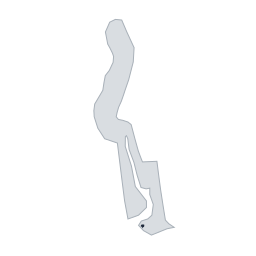 location of Serrekunda Central, Banjul, Gambia, rotated 262°
{"feature_id": "56634734B31410801409584", "entity_name": "Serrekunda Central", "entity_type": "district", "adm_level": 2, "iso_a3": "GMB", "parent_name": "Gambia", "parent_adm1": "Banjul", "projection": "natural_earth1", "projection_center": [-16.684, 13.431], "detail": "fine", "context": "in_parent", "style": "filled", "palette": "slate", "viewbox_px": 256, "rotation_deg": 262, "n_neighbors": 0, "source": "geoboundaries", "source_scale": "gbopen_adm2", "svg_char_len": 1425}
<svg xmlns="http://www.w3.org/2000/svg" viewBox="0 0 256 256"><g transform="rotate(262 128 128)"><path d="M37.9,115.3L56.3,114.5L78.7,114.8L103.1,115.2L114.6,115.4L120.6,103.4L132.0,98.1L143.8,96.1L149.9,96.6L156.4,98.4L168.8,108.3L176.5,110.6L183.0,112.8L187.7,117.6L195.1,122.4L200.9,123.7L204.4,123.0L210.1,121.1L213.9,119.6L226.2,119.0L235.3,124.6L237.3,130.6L235.8,136.8L223.6,140.1L206.7,145.2L192.7,142.4L175.7,135.4L165.7,130.3L161.6,128.3L155.4,125.1L149.9,121.6L144.7,119.3L140.7,117.9L137.8,119.7L136.3,124.0L133.9,128.8L130.9,131.6L116.6,133.3L103.8,135.0L97.0,136.5L92.4,137.6L91.0,152.0L76.5,151.8L62.2,151.7L47.5,151.9L31.6,152.2L27.5,155.1L23.2,159.9L22.8,152.7L18.7,136.3L24.2,129.1L30.1,124.9L34.0,128.2L35.2,134.9L38.3,139.5L48.7,142.4L59.1,140.3L65.4,141.2L65.2,137.5L67.3,132.6L79.8,130.5L93.1,129.1L106.7,126.1L117.4,126.3L120.6,125.4L119.8,124.2L110.2,122.7L89.8,126.1L69.0,127.1L53.2,136.1L46.7,135.2L40.2,126.3L37.9,115.3Z" fill="#d9dde1" stroke="#a8b0b8" stroke-width="1"/><path d="M29.6,127.4L29.6,127.5L29.4,127.6L29.3,127.8L29.2,127.8L29.1,128.0L28.9,128.2L28.7,128.3L28.5,128.5L28.5,128.8L28.5,129.0L28.4,129.0L28.5,129.1L28.5,129.3L28.5,129.5L28.8,129.7L29.0,129.8L29.3,129.8L29.5,129.8L29.5,129.7L29.8,129.6L29.7,129.6L29.7,129.4L29.7,129.2L29.7,128.9L29.7,128.7L29.6,128.4L29.6,128.2L29.5,127.9L29.6,127.7L29.6,127.4L29.6,127.4Z" fill="#64748b" stroke="#1e293b" stroke-width="1.5"/></g></svg>